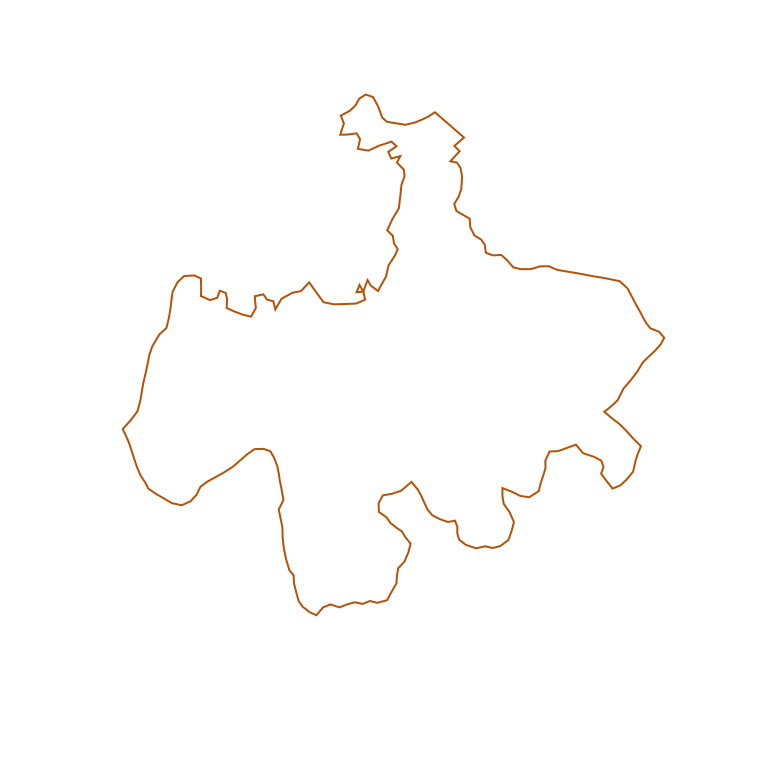 the district of Guaramirim, Santa Catarina, Brazil, rotated 229°
{"feature_id": "56859067B39678699767492", "entity_name": "Guaramirim", "entity_type": "district", "adm_level": 2, "iso_a3": "BRA", "parent_name": "Brazil", "parent_adm1": "Santa Catarina", "projection": "robinson", "projection_center": [-48.939, -26.473], "detail": "fine", "context": "isolated", "style": "outline", "palette": "amber", "viewbox_px": 768, "rotation_deg": 229, "n_neighbors": 0, "source": "geoboundaries", "source_scale": "gbopen_adm2", "svg_char_len": 3479}
<svg xmlns="http://www.w3.org/2000/svg" viewBox="0 0 768 768"><g transform="rotate(229 384 384)"><path d="M467.3,429.0L460.0,425.1L462.9,415.9L470.3,406.6L477.1,398.4L485.4,392.0L497.0,393.0L509.8,394.2L508.6,382.2L512.9,374.8L515.6,362.6L511.6,350.9L519.1,354.8L524.3,351.1L530.8,351.8L535.0,344.0L525.4,337.1L522.0,327.8L529.7,322.5L538.0,318.1L544.6,315.1L550.6,321.0L556.5,324.3L562.1,321.3L558.5,314.7L561.4,307.8L570.4,303.6L577.6,310.0L583.8,315.1L590.3,312.1L596.7,303.9L596.2,294.7L592.2,284.9L586.3,278.1L581.6,273.0L574.9,264.9L569.0,256.5L568.8,246.9L564.4,233.8L560.1,226.3L555.3,220.1L549.8,212.9L545.9,207.5L542.0,202.1L536.1,195.0L531.4,189.3L525.1,179.9L522.8,168.8L521.4,157.2L514.6,155.4L507.0,153.0L497.7,149.1L489.1,145.4L483.2,143.0L474.8,140.3L465.6,139.0L459.7,137.5L450.8,139.8L442.9,142.5L433.3,145.7L425.2,151.8L422.4,161.2L423.4,170.0L426.9,178.1L426.2,186.6L424.0,197.1L422.2,205.5L420.7,215.9L420.7,226.4L420.7,235.3L419.7,243.7L414.0,250.6L407.7,254.1L400.2,252.6L391.6,249.4L385.7,246.0L379.0,241.7L373.4,238.6L362.5,232.1L358.3,222.2L349.2,217.1L342.4,213.2L334.4,206.6L325.4,200.4L315.9,195.1L305.7,190.5L298.8,190.2L292.8,185.4L284.6,181.2L276.2,177.2L269.3,176.5L260.8,178.1L253.8,181.2L255.4,191.5L252.8,198.9L244.6,203.9L242.0,211.2L238.6,218.6L232.1,223.6L229.4,231.1L223.3,235.3L218.8,244.5L222.2,253.3L225.4,262.7L230.9,268.1L235.6,273.8L236.6,283.1L241.2,292.4L246.1,299.3L254.7,299.6L260.8,300.8L267.0,299.2L274.6,297.7L281.7,298.4L290.8,296.2L297.5,301.6L300.7,310.0L295.8,318.3L292.2,327.0L292.1,340.5L281.9,340.2L275.0,338.7L268.7,336.8L260.4,334.4L253.2,334.4L245.6,337.4L237.9,341.7L234.3,347.9L228.1,345.7L223.3,341.4L217.2,338.6L208.9,340.2L199.6,345.7L195.0,354.1L189.0,358.3L185.4,365.4L184.7,375.7L190.1,385.1L194.6,391.5L204.9,394.7L214.9,395.7L221.8,399.9L227.7,405.1L219.1,409.7L210.0,413.5L203.3,419.3L201.6,430.5L206.0,436.6L210.2,443.7L214.5,450.6L220.4,455.6L224.4,464.7L219.1,471.4L215.9,479.8L212.3,489.1L201.2,488.8L191.7,494.5L183.8,497.7L177.5,495.4L173.9,489.1L166.2,488.4L155.1,487.9L152.4,496.0L152.7,503.8L154.4,514.5L160.4,522.6L164.3,528.8L168.5,537.1L179.2,536.3L189.8,536.2L199.7,535.4L209.0,533.5L218.5,532.0L218.1,539.8L218.5,549.7L223.4,561.7L225.1,573.3L227.5,584.4L230.5,593.3L231.0,602.2L231.4,611.1L232.4,618.9L235.0,625.8L243.2,625.8L251.2,621.6L258.4,621.9L265.3,623.4L271.4,624.9L277.6,626.1L286.2,628.1L296.5,630.5L307.0,629.3L319.3,619.9L327.2,613.3L333.4,608.4L339.7,603.4L346.0,598.3L351.3,593.8L356.6,589.6L364.8,585.6L370.4,579.0L374.4,570.2L381.0,562.5L387.2,558.1L396.9,558.1L404.5,557.1L409.7,550.5L416.3,547.0L423.0,551.4L429.2,552.1L436.9,549.7L445.8,552.0L452.4,557.1L459.6,554.7L466.9,552.1L473.8,555.1L476.4,563.2L480.4,570.2L489.3,579.0L496.6,583.4L503.2,584.4L508.5,580.2L510.1,593.8L517.5,593.3L517.5,606.1L555.7,600.7L556.7,593.0L558.7,585.9L561.0,579.0L565.6,570.2L573.0,564.0L579.9,558.3L586.1,557.4L597.4,561.7L607.7,564.0L614.5,560.1L615.6,552.4L613.0,545.5L612.6,537.4L614.9,527.5L606.9,524.6L600.8,514.5L596.6,519.6L591.1,527.8L584.5,526.6L578.6,518.6L570.4,525.3L567.0,536.9L562.0,548.7L555.2,549.4L556.4,539.6L549.4,537.4L545.3,545.8L542.6,539.0L532.7,539.6L527.4,535.9L522.8,527.8L516.7,521.3L506.9,510.5L502.9,498.4L497.9,487.2L490.1,487.9L483.4,483.7L476.8,482.9L473.9,476.8L470.5,465.2L463.7,455.9L460.6,447.0L458.0,440.5L466.9,438.6L473.2,439.8L467.3,429.0ZM467.3,429.0L474.8,430.5L471.2,423.5L467.3,429.0Z" fill="none" stroke="#b45309" stroke-width="2"/></g></svg>